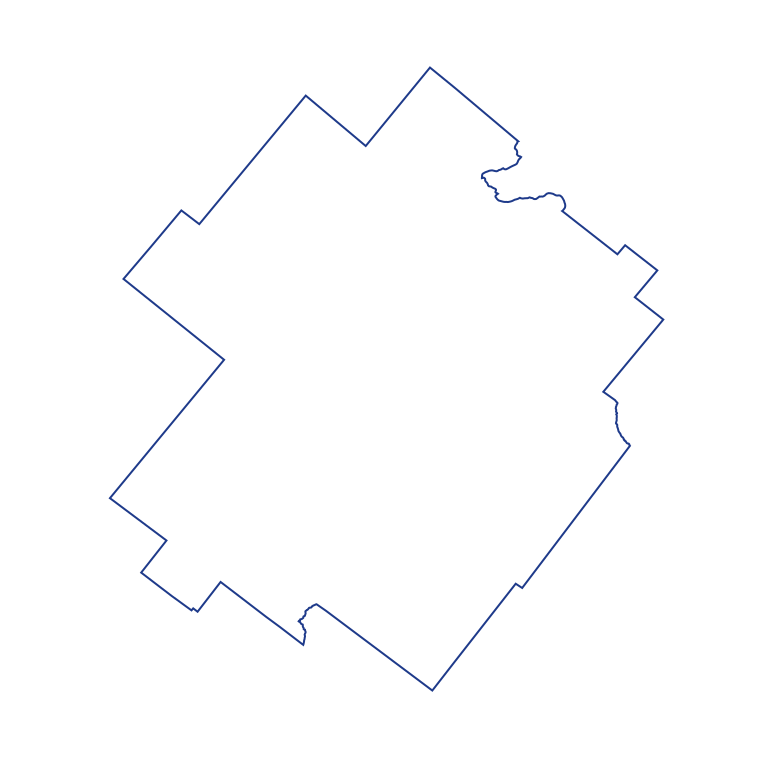 outline of Junín, Buenos Aires, Argentina, rotated 84°
{"feature_id": "61730980B70981491758335", "entity_name": "Junín", "entity_type": "district", "adm_level": 2, "iso_a3": "ARG", "parent_name": "Argentina", "parent_adm1": "Buenos Aires", "projection": "natural_earth1", "projection_center": [-61.022, -34.547], "detail": "fine", "context": "isolated", "style": "outline", "palette": "blue", "viewbox_px": 768, "rotation_deg": 84, "n_neighbors": 0, "source": "geoboundaries", "source_scale": "gbopen_adm2", "svg_char_len": 4360}
<svg xmlns="http://www.w3.org/2000/svg" viewBox="0 0 768 768"><g transform="rotate(84 384 384)"><path d="M349.1,99.5L323.9,125.5L299.6,100.3L271.2,129.7L279.4,138.3L230.6,188.7L230.3,188.1L229.7,187.6L228.4,186.3L227.5,185.6L225.9,185.1L223.9,185.1L222.5,185.5L220.6,185.8L218.9,186.5L216.9,187.4L216.0,188.2L215.2,188.9L214.7,190.2L214.7,191.5L214.6,192.5L214.2,193.6L213.5,194.6L212.5,196.1L212.0,197.6L211.6,198.9L211.4,200.4L211.7,202.0L212.5,203.3L213.4,204.4L214.0,205.7L214.2,206.7L214.0,207.8L214.0,208.9L213.8,209.8L214.5,210.9L215.4,212.4L215.9,213.4L215.9,213.9L215.8,215.1L215.5,215.9L214.8,216.6L214.4,217.6L214.3,218.3L213.9,219.0L213.6,219.9L214.0,220.8L214.2,221.7L214.1,223.1L214.0,224.7L214.1,226.6L213.6,228.4L213.0,229.4L213.8,231.3L214.1,232.7L214.4,234.8L215.0,236.3L215.5,237.8L215.8,239.5L216.0,241.8L215.7,243.1L215.6,244.7L215.3,246.0L214.8,247.4L214.4,248.4L213.8,250.0L213.4,250.9L212.5,251.7L211.9,252.2L211.0,252.7L210.2,253.2L209.4,253.6L208.6,253.4L208.0,252.7L207.7,252.3L207.1,251.9L206.9,251.2L206.7,250.8L206.2,251.3L206.0,251.9L205.6,252.5L205.0,253.1L204.2,253.0L203.4,252.5L202.4,252.3L201.6,252.8L201.1,253.7L200.6,254.6L200.0,255.6L198.9,256.8L198.6,257.9L198.2,259.1L197.4,259.7L196.3,259.9L195.1,260.3L194.3,260.8L193.4,261.6L192.3,262.1L191.3,262.0L190.5,262.0L189.7,262.6L189.2,263.3L189.4,264.1L189.5,265.1L188.7,265.0L187.8,264.8L186.9,264.7L185.8,264.3L185.2,263.8L184.7,262.7L184.2,261.6L183.8,260.4L183.5,259.0L182.9,256.9L182.8,255.2L182.9,253.9L183.4,252.4L183.9,251.1L184.2,249.6L183.9,248.5L183.3,247.5L183.1,246.1L182.7,244.7L182.2,243.9L181.9,242.9L182.4,242.4L182.9,241.8L183.2,240.9L183.2,240.1L183.0,239.4L182.4,237.8L181.6,236.0L181.0,234.5L180.5,233.1L180.0,231.6L179.5,230.1L178.8,228.9L177.3,227.9L175.9,227.2L174.7,226.3L174.3,225.8L173.7,224.9L172.6,223.9L172.0,224.6L171.7,225.6L171.3,226.2L170.7,227.1L169.5,227.8L168.2,227.4L167.1,227.3L165.7,227.5L164.6,228.1L164.0,228.8L163.5,229.2L162.9,229.2L162.2,229.0L161.3,228.7L160.5,228.2L159.6,227.5L158.8,226.7L158.4,226.4L157.2,226.1L156.9,225.7L156.7,225.1L97.2,282.3L74.1,305.2L145.4,377.3L89.0,431.7L205.7,551.0L190.2,567.4L222.4,600.7L252.3,632.1L343.2,540.5L468.9,668.5L516.9,616.7L546.2,645.2L572.7,617.2L589.0,599.1L587.2,597.2L591.0,593.2L563.8,567.2L603.3,525.5L614.8,512.9L635.0,491.6L634.4,491.3L633.5,491.0L632.6,490.7L631.6,490.4L630.5,490.2L629.2,489.6L628.3,489.5L627.3,489.1L626.5,488.9L625.9,489.0L624.9,489.1L623.9,488.6L623.1,488.0L622.1,487.9L620.8,488.3L620.1,488.3L619.8,489.1L619.4,489.5L618.6,489.4L618.0,489.5L617.4,489.9L616.4,490.1L615.2,489.9L614.7,490.0L614.3,490.8L613.7,491.6L613.0,491.9L612.2,492.2L611.7,492.4L611.7,493.0L611.1,493.7L610.7,493.4L610.4,492.9L610.2,492.2L609.4,492.0L609.2,491.2L609.2,490.5L608.7,489.6L608.2,488.8L607.5,488.6L606.8,488.4L606.5,487.8L606.5,487.2L605.8,486.7L605.0,486.4L604.2,486.0L603.5,485.9L602.8,486.0L602.2,486.0L601.7,485.8L601.4,485.4L601.2,484.9L600.7,484.4L600.6,483.8L600.1,483.1L599.6,482.7L599.2,482.2L598.8,481.9L598.7,481.3L598.7,481.0L598.7,480.3L598.6,479.6L597.9,479.0L597.5,478.7L597.4,478.2L597.0,477.7L596.8,477.1L596.7,476.5L596.6,476.0L596.3,475.5L596.1,475.0L596.1,474.6L596.0,474.1L603.4,465.5L693.9,368.0L668.3,343.4L596.4,273.9L601.3,267.9L471.2,145.9L470.9,146.1L470.6,146.3L470.2,146.3L469.8,146.3L469.5,146.6L469.1,146.7L468.8,147.0L468.8,147.4L468.5,148.2L468.1,148.7L467.5,149.0L467.1,149.2L466.8,149.4L466.1,149.7L466.0,150.1L465.7,150.2L465.5,150.5L465.2,150.8L464.9,150.7L464.5,150.9L464.3,151.3L463.9,151.4L463.4,151.4L462.8,151.7L462.4,151.8L462.0,152.2L461.6,152.7L461.0,153.2L460.4,153.5L459.8,153.8L459.1,153.9L458.4,154.2L458.0,154.2L457.3,154.7L456.8,155.0L456.0,155.4L455.4,155.7L454.6,155.8L453.7,155.9L453.0,156.0L452.2,156.2L451.6,156.3L451.1,156.5L450.0,156.5L449.3,156.3L448.5,156.5L448.2,156.9L447.6,157.3L447.2,157.4L446.6,157.2L445.5,156.8L445.1,156.6L444.6,156.4L443.7,156.3L443.0,156.2L442.2,156.3L441.6,156.0L440.8,155.9L439.7,155.8L439.1,155.9L438.5,156.2L437.9,155.8L437.6,155.3L437.2,155.3L436.7,155.6L435.8,156.1L435.0,155.9L434.1,155.8L433.4,155.8L432.8,156.1L432.3,156.0L431.7,155.8L431.2,155.8L430.7,155.5L429.8,155.0L429.3,154.9L428.7,154.7L428.4,154.3L427.9,153.9L427.2,153.8L426.6,154.2L426.0,154.8L425.3,155.2L424.7,155.6L424.3,155.8L414.7,166.7L349.1,99.5Z" fill="none" stroke="#1e3a8a" stroke-width="2"/></g></svg>